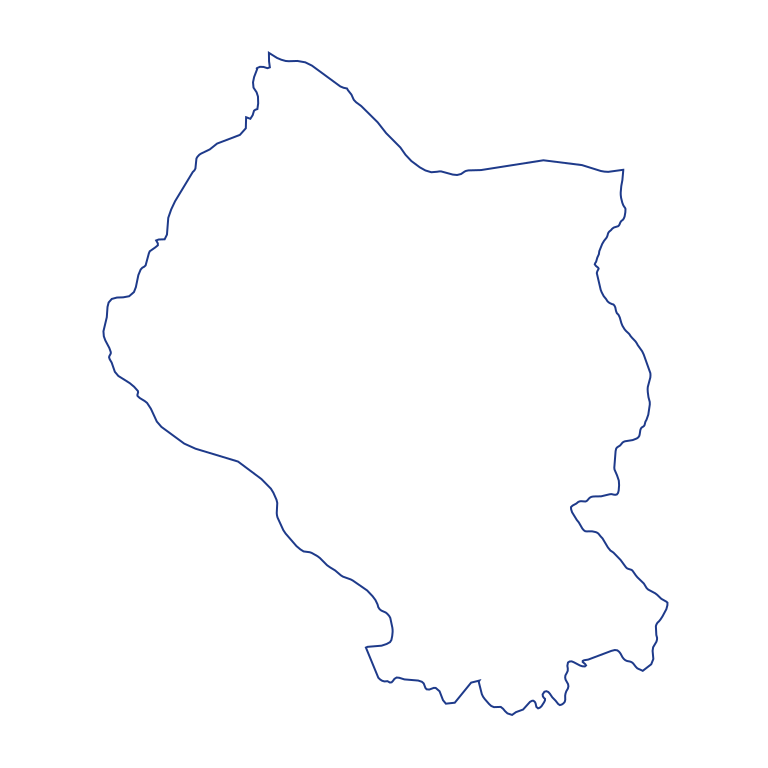 SVG path tracing the border of Plateaux, rotated 269°
{"feature_id": "COG-3346", "entity_name": "Plateaux", "entity_type": "Region", "adm_level": 1, "iso_a3": "COG", "parent_name": "Republic of the Congo", "parent_adm1": "", "projection": "mercator", "projection_center": [15.163, -2.009], "detail": "fine", "context": "isolated", "style": "outline", "palette": "blue", "viewbox_px": 768, "rotation_deg": 269, "n_neighbors": 0, "source": "natural_earth", "source_scale": "10m", "svg_char_len": 5859}
<svg xmlns="http://www.w3.org/2000/svg" viewBox="0 0 768 768"><g transform="rotate(269 384 384)"><path d="M717.1,274.7L711.9,282.7L710.0,287.0L708.7,291.3L708.4,294.3L708.5,303.1L707.0,310.9L703.6,317.5L682.9,344.7L682.3,345.5L680.9,348.7L680.1,352.2L678.5,353.0L673.9,356.5L669.9,358.2L668.6,358.8L666.2,361.0L662.3,366.1L645.8,382.2L634.8,390.5L620.2,404.5L612.8,409.5L606.4,415.3L600.0,423.6L596.8,429.1L594.9,435.0L595.3,441.0L595.6,443.0L595.6,444.7L592.2,456.4L591.7,460.7L592.6,464.7L595.0,468.3L595.6,469.6L596.1,472.1L596.2,484.7L604.9,547.3L599.4,585.8L593.2,604.5L592.5,608.1L592.2,611.9L594.0,627.0L593.9,627.0L583.7,625.9L577.8,624.7L571.2,624.0L568.9,624.0L566.0,624.3L561.2,625.4L558.7,626.3L557.1,627.2L556.2,627.9L555.4,628.3L554.8,628.5L551.5,628.3L547.3,627.5L545.2,626.6L543.8,625.5L543.1,624.4L542.2,623.6L541.0,622.9L539.7,622.4L538.6,621.8L537.7,620.9L536.5,616.7L535.8,615.6L535.0,614.6L534.0,613.8L532.4,611.8L531.4,611.0L530.2,610.5L528.7,610.1L527.4,609.6L526.3,609.0L523.3,606.5L520.2,604.6L513.1,601.6L510.0,601.1L506.7,599.5L502.5,598.2L501.2,597.3L500.0,596.8L498.4,597.9L496.5,600.2L495.5,600.6L492.9,599.2L491.2,598.7L474.4,602.3L472.0,603.2L468.0,605.2L465.1,607.5L462.8,608.9L461.8,610.0L461.1,610.9L459.9,613.4L459.5,614.8L458.3,615.8L456.5,616.6L453.2,617.2L451.7,617.7L450.7,618.1L449.3,619.5L448.6,619.9L446.4,620.9L440.7,622.4L438.1,623.4L434.5,625.5L432.8,626.9L430.1,629.7L429.1,630.5L428.0,631.1L426.0,632.7L422.2,636.2L420.2,637.5L418.6,638.3L412.2,642.7L408.9,644.2L390.2,650.5L388.2,650.6L385.9,650.4L376.4,647.7L374.2,647.5L371.3,647.6L366.2,648.2L361.4,649.4L358.8,649.4L348.7,647.7L343.6,645.8L342.6,645.2L341.7,644.7L338.4,643.8L337.5,643.2L337.1,642.7L336.8,642.3L336.5,641.7L336.0,640.9L335.0,640.1L333.5,639.5L329.4,638.8L327.8,638.4L326.7,637.7L325.8,636.8L325.1,635.7L323.6,631.7L322.5,623.9L322.0,622.6L321.3,621.5L318.4,619.0L317.1,616.8L316.3,615.7L315.3,615.0L312.9,614.4L296.3,612.8L294.4,613.0L288.6,615.4L283.3,617.1L278.7,617.3L273.5,616.8L271.0,616.1L269.5,614.9L269.2,613.6L269.3,612.1L269.9,609.7L269.9,608.9L269.8,607.7L267.9,599.1L267.9,592.4L267.8,590.8L267.5,589.3L266.9,588.1L266.1,587.1L264.2,585.4L263.4,584.5L263.0,583.3L263.4,578.9L263.2,577.5L262.7,576.2L261.1,574.2L259.3,570.7L258.5,569.7L257.6,568.8L255.5,568.9L252.5,569.8L244.7,574.4L242.3,576.3L236.0,579.8L234.3,581.2L233.3,582.6L233.1,584.1L233.1,588.8L233.0,589.8L232.2,593.2L231.5,594.7L231.1,595.2L230.8,595.6L230.5,595.9L227.9,597.9L225.8,599.8L216.7,605.0L213.4,607.6L213.0,608.3L211.4,610.5L203.9,617.5L196.8,622.5L195.8,623.4L195.3,624.1L195.0,624.8L193.8,628.3L193.2,629.0L192.6,629.5L188.3,632.4L186.3,634.0L180.0,640.3L175.4,643.0L174.7,643.7L173.9,644.5L170.0,651.5L168.4,653.5L164.4,657.5L161.4,662.6L160.4,663.6L157.9,663.5L154.0,662.4L146.8,658.4L143.7,656.3L141.7,654.6L140.9,653.6L139.9,652.8L138.6,652.1L137.1,651.6L128.3,651.9L125.4,652.6L123.7,652.5L121.6,651.9L116.1,648.5L112.5,647.9L104.4,648.5L99.1,646.3L92.7,637.7L94.0,635.1L94.4,634.1L95.3,632.3L97.0,630.7L100.1,628.4L101.0,627.5L101.7,626.4L102.2,625.1L102.8,622.2L103.6,620.5L104.9,619.0L106.6,617.7L110.3,615.8L112.1,614.5L113.6,612.7L114.0,610.2L113.2,606.7L104.9,583.4L104.3,579.3L103.7,577.9L102.6,577.8L100.4,580.3L99.1,581.1L98.1,579.9L98.3,577.4L99.1,575.1L102.5,568.9L103.4,566.8L103.3,564.7L102.3,563.1L99.0,562.4L96.5,562.8L94.0,562.7L91.9,561.7L89.5,560.3L87.3,560.0L85.2,560.4L80.7,562.8L78.5,563.1L76.2,562.5L73.6,560.9L71.4,560.1L69.3,559.7L65.1,559.7L63.1,559.2L61.5,557.8L60.4,556.1L59.9,554.2L61.0,552.6L64.4,550.0L67.8,546.8L71.5,544.4L73.2,542.9L74.0,541.0L73.5,539.0L70.9,537.2L68.9,537.4L67.4,538.4L66.4,539.5L64.8,539.4L63.0,538.5L59.0,535.8L57.6,534.1L57.0,532.4L58.5,530.7L62.0,530.0L63.3,529.4L64.1,528.7L64.8,527.5L64.6,526.3L63.6,524.4L56.1,517.4L53.6,510.2L50.9,506.3L52.5,501.7L54.7,499.4L57.2,497.4L59.1,495.1L59.0,488.3L60.2,485.6L62.3,483.4L67.3,479.2L69.6,477.6L72.2,476.4L84.7,473.5L85.8,474.2L83.9,465.9L64.1,449.2L63.3,440.3L66.8,437.5L75.8,434.2L79.2,430.4L79.3,428.5L77.7,423.9L78.0,421.3L79.4,420.1L83.9,418.5L85.6,416.7L86.9,413.0L88.3,399.2L90.0,394.1L90.3,391.5L89.0,389.3L86.9,387.7L85.6,386.4L85.4,384.7L86.8,382.3L86.6,379.3L87.3,377.0L88.6,375.0L90.4,373.2L120.8,361.3L121.5,363.0L122.4,377.0L124.0,382.1L125.8,385.5L127.9,386.9L131.8,387.8L136.0,388.3L138.2,388.3L140.2,388.1L150.0,386.2L151.9,385.2L153.6,383.8L154.7,382.7L155.5,381.7L157.5,377.4L158.9,375.7L160.9,374.4L163.7,373.7L168.1,371.7L172.0,368.9L177.9,363.5L188.1,349.3L189.2,347.3L192.1,339.6L193.4,337.6L198.5,331.8L201.6,326.9L203.8,323.9L211.1,316.9L213.0,314.5L216.4,308.7L217.1,306.8L218.0,300.7L220.1,297.5L223.5,293.6L236.2,283.0L239.6,280.8L252.4,275.2L254.6,274.7L256.8,274.5L266.9,275.2L270.1,274.5L277.2,271.5L281.3,269.1L291.1,259.8L309.0,236.7L322.6,194.4L327.9,183.2L345.0,160.7L350.4,156.2L363.3,150.5L369.2,146.8L371.1,144.5L374.2,139.6L376.3,137.4L377.3,137.2L380.0,138.0L381.3,137.8L385.6,134.1L389.3,129.8L396.7,118.5L400.9,115.1L410.1,112.1L413.5,110.2L415.4,109.6L416.5,109.8L419.2,111.3L420.6,111.4L424.8,110.0L432.5,106.1L436.6,104.7L441.6,104.4L455.6,108.0L465.9,108.9L470.3,110.1L473.8,113.3L475.1,118.5L475.2,124.7L476.2,130.7L480.3,135.6L485.2,137.6L497.2,140.3L502.7,142.7L504.5,144.4L505.4,146.2L506.7,147.7L518.8,151.2L520.8,152.1L524.5,157.6L526.6,160.3L528.6,160.3L531.5,158.7L532.4,161.2L532.5,167.2L537.2,169.6L553.9,171.2L562.3,174.3L570.4,178.3L599.3,196.5L600.8,198.1L602.7,199.2L612.7,200.4L614.4,201.4L616.5,203.4L617.6,205.2L621.6,213.9L627.3,221.3L635.6,244.3L642.1,250.3L653.1,250.8L651.5,255.0L655.1,257.4L659.5,258.8L660.5,260.2L661.1,262.2L666.8,263.1L673.6,263.0L677.9,261.7L682.6,258.7L687.9,258.3L693.2,259.5L700.9,262.6L701.8,262.3L702.1,262.6L703.3,265.5L703.1,269.1L701.8,273.0L702.6,275.4L708.6,274.7L716.9,274.7L717.1,274.7Z" fill="none" stroke="#1e3a8a" stroke-width="2"/></g></svg>